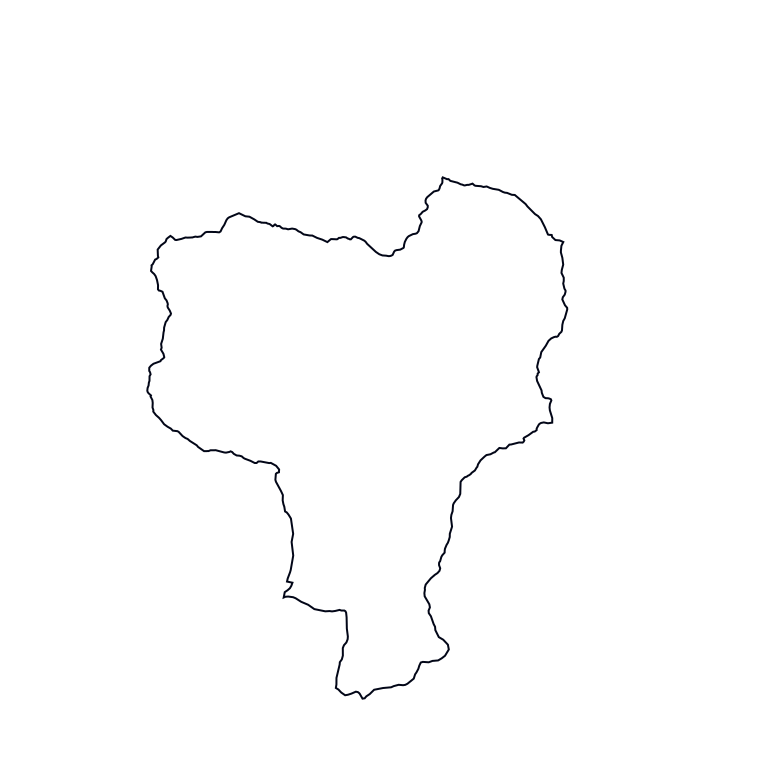 outline of Sombey, Ha, Bhutan, rotated 231°
{"feature_id": "84629894B88569366969401", "entity_name": "Sombey", "entity_type": "district", "adm_level": 2, "iso_a3": "BTN", "parent_name": "Bhutan", "parent_adm1": "Ha", "projection": "mercator", "projection_center": [89.094, 27.205], "detail": "fine", "context": "isolated", "style": "outline", "palette": "ink", "viewbox_px": 768, "rotation_deg": 231, "n_neighbors": 0, "source": "geoboundaries", "source_scale": "gbopen_adm2", "svg_char_len": 6166}
<svg xmlns="http://www.w3.org/2000/svg" viewBox="0 0 768 768"><g transform="rotate(231 384 384)"><path d="M214.8,325.0L216.3,326.3L217.6,327.7L219.6,331.4L220.4,333.7L221.7,335.9L223.7,338.8L226.2,340.9L230.3,347.1L237.7,351.7L239.9,354.0L241.9,357.2L246.5,361.5L247.4,363.1L248.4,366.6L249.0,371.1L250.6,374.1L259.7,381.9L260.3,383.9L260.7,388.0L259.9,390.0L259.9,391.3L259.5,393.1L259.5,395.2L259.8,396.1L259.6,400.2L260.8,403.5L260.9,404.4L262.4,406.5L263.9,411.0L264.3,416.4L264.3,418.9L262.4,422.5L261.7,426.1L261.2,427.2L261.7,433.4L259.2,435.8L257.3,438.3L258.0,443.3L257.0,444.7L253.6,452.1L251.2,454.9L251.3,456.3L251.9,457.6L253.8,458.1L254.1,459.1L253.3,464.0L253.0,469.9L252.2,471.2L252.1,473.6L253.2,474.5L253.8,475.7L255.1,479.0L255.1,480.4L254.9,481.5L253.6,484.0L250.3,486.7L248.1,490.4L251.6,493.3L259.1,496.3L261.6,497.9L264.1,500.4L265.9,503.7L267.1,504.1L268.5,503.4L269.6,502.6L271.4,500.6L273.7,499.8L277.8,501.1L279.9,502.4L290.0,504.9L293.4,506.8L293.9,507.5L294.2,508.9L295.4,510.0L295.6,511.8L300.7,513.6L301.7,514.6L305.9,520.1L306.3,522.1L309.8,526.3L311.9,533.8L314.0,539.0L314.2,542.6L313.5,545.5L312.8,547.1L311.9,548.0L311.7,549.5L312.7,551.8L312.9,554.7L313.7,556.1L317.8,559.9L320.2,563.0L321.3,565.8L326.6,573.3L328.0,574.3L331.3,574.2L337.5,575.8L338.9,577.6L339.7,580.7L341.4,583.1L342.4,583.9L344.5,584.2L349.3,586.5L350.9,588.5L353.5,590.6L358.6,591.8L360.7,593.9L364.0,598.4L369.8,602.0L375.0,604.3L376.5,605.6L379.8,608.9L381.5,612.7L385.0,610.9L388.0,607.8L392.4,607.2L394.3,608.1L396.1,606.1L397.0,605.5L404.6,607.7L413.3,609.6L417.6,609.4L421.0,608.3L431.7,607.2L434.7,607.3L448.6,604.6L450.6,602.4L455.1,599.9L456.6,598.4L458.3,597.3L462.7,595.4L467.2,591.4L469.9,589.6L472.9,588.1L474.5,585.3L476.6,583.9L480.5,579.8L481.4,579.3L484.0,578.9L485.4,575.2L486.4,574.0L487.4,571.9L488.0,571.2L489.7,570.3L490.9,569.3L494.2,567.8L500.1,563.4L502.6,563.1L503.5,561.9L507.6,559.7L507.1,558.5L506.0,558.0L503.9,556.2L503.4,555.4L502.5,552.2L501.0,550.2L500.3,548.6L500.3,548.0L502.2,543.9L502.0,535.2L501.5,533.3L500.5,531.8L498.6,530.4L495.0,530.2L493.8,529.2L492.8,527.5L492.9,525.3L493.5,522.4L493.0,519.8L493.0,517.5L492.1,516.7L488.0,516.0L486.7,515.6L485.9,514.9L484.2,511.3L481.0,507.0L480.5,504.5L480.9,503.2L482.3,500.7L483.3,496.4L483.3,494.9L482.8,492.9L481.3,489.6L479.6,487.3L477.8,485.5L477.5,484.8L478.2,481.2L480.2,477.9L480.7,476.5L480.5,475.2L478.9,472.0L479.1,470.6L479.6,469.3L480.4,468.1L482.4,466.4L484.9,463.7L487.8,462.0L491.8,460.8L503.5,459.1L506.1,459.2L507.8,458.9L512.9,456.6L514.2,455.5L516.6,454.4L517.5,453.2L517.7,452.4L517.3,449.3L517.9,448.5L519.4,447.8L519.8,447.4L521.8,446.8L523.6,445.1L524.2,444.3L525.0,442.1L525.9,441.0L525.9,438.9L526.2,438.3L529.6,434.5L530.0,433.8L529.9,429.3L535.0,426.9L539.7,423.9L544.5,421.7L546.2,419.7L550.8,415.7L554.5,414.7L556.5,413.6L559.1,413.0L560.3,412.4L562.6,410.4L564.6,406.8L566.5,405.5L568.3,403.4L569.8,402.7L572.3,402.3L572.9,401.9L573.9,400.3L576.4,399.9L576.7,399.4L576.4,397.4L576.6,396.7L580.3,395.8L582.1,394.4L583.3,394.0L586.7,390.1L587.3,390.0L589.5,388.0L593.5,386.8L598.7,384.7L601.6,381.8L608.0,378.8L611.0,368.5L611.1,366.8L610.5,364.6L608.2,360.1L607.0,356.3L605.4,353.0L605.6,351.3L608.2,348.7L613.6,342.1L614.3,340.6L613.9,334.7L615.7,331.6L617.3,330.1L618.5,327.3L621.3,323.5L622.8,321.9L624.2,318.0L626.5,313.3L627.4,312.4L630.8,312.0L633.5,311.2L633.6,307.9L633.5,306.2L632.1,304.0L631.9,302.9L632.1,297.8L630.9,292.7L625.8,288.9L624.4,288.3L624.3,286.0L624.7,284.4L622.6,279.6L622.5,278.0L621.5,277.4L618.5,274.1L616.6,274.2L614.1,274.6L611.5,274.4L607.6,273.0L603.0,270.6L599.8,267.9L598.3,267.9L597.1,268.9L595.1,269.9L588.5,267.6L585.8,267.6L583.0,266.7L581.9,266.1L580.9,264.8L579.5,264.1L575.9,263.7L572.8,262.8L572.0,261.6L571.6,258.9L570.1,255.9L569.5,253.3L566.2,248.6L564.1,246.8L562.9,245.2L558.4,240.6L555.4,236.0L552.1,234.0L551.1,232.3L546.3,231.6L543.1,230.1L542.8,229.1L542.9,225.6L542.4,224.6L544.8,217.6L544.9,214.5L544.4,211.9L544.0,211.5L541.9,209.8L540.4,209.6L538.4,208.7L537.6,206.7L534.0,203.7L533.1,202.2L531.0,200.1L529.7,197.8L527.7,195.8L526.5,195.3L525.0,195.2L521.7,195.7L521.2,194.7L517.3,193.9L514.9,192.4L511.4,189.3L508.9,188.4L507.7,187.3L503.4,187.2L499.1,187.9L496.3,188.0L491.1,187.8L487.0,188.9L483.4,190.3L480.7,190.5L477.3,193.8L476.0,194.3L470.3,194.7L466.9,195.7L464.9,196.8L461.9,197.3L454.2,199.9L452.1,199.9L445.1,201.9L442.3,205.4L441.7,207.4L438.4,211.6L431.4,216.7L430.1,218.0L428.5,221.1L428.2,222.4L426.6,223.2L424.3,223.3L421.2,224.5L419.3,226.5L417.3,227.9L414.8,228.3L413.4,228.9L408.3,231.9L404.0,233.8L402.8,235.3L402.9,237.6L401.4,239.4L394.8,245.0L393.9,246.4L388.3,248.7L383.6,248.7L381.5,246.8L382.3,244.8L382.2,243.4L377.9,239.3L376.0,238.5L365.7,236.6L361.3,235.5L357.3,232.0L353.9,230.2L351.4,229.3L347.2,226.9L345.4,227.6L342.6,227.6L338.0,227.0L324.7,219.1L319.4,212.8L307.8,205.5L298.2,194.5L296.8,192.5L293.4,186.7L291.5,184.3L287.2,187.8L285.5,185.0L284.5,182.3L284.4,179.2L284.7,175.9L281.2,171.7L280.7,173.5L279.1,175.8L275.5,179.2L273.1,180.5L266.8,182.6L260.2,186.1L252.9,188.2L244.3,195.3L241.8,198.8L240.0,200.5L238.3,203.3L236.4,207.3L234.8,208.3L232.9,210.6L231.7,211.0L230.2,210.7L226.2,208.1L217.3,201.2L210.5,197.0L208.5,195.1L206.8,192.1L206.2,188.5L204.7,185.8L198.8,181.1L196.5,177.9L195.6,174.6L193.9,173.0L185.5,162.1L180.4,157.9L178.1,155.3L175.3,156.3L171.2,156.6L166.6,157.9L165.2,160.4L163.9,163.8L162.6,168.5L161.0,169.8L159.7,170.1L158.6,170.2L153.0,169.3L151.9,171.2L152.4,173.7L152.0,177.7L152.6,183.9L148.3,192.0L143.8,198.7L143.1,201.4L141.0,206.1L137.9,209.3L136.8,211.2L136.3,213.6L136.3,221.7L138.8,225.5L139.4,227.6L141.0,231.4L142.9,234.2L144.4,237.3L143.6,239.3L139.6,243.6L138.3,247.4L135.1,252.1L134.5,256.2L134.4,260.4L136.9,267.3L141.2,269.6L148.0,269.1L152.8,267.3L160.4,269.0L163.2,270.9L166.2,271.5L174.0,274.3L177.7,274.6L179.8,276.0L181.5,279.1L184.3,280.6L193.4,282.0L196.1,283.8L198.3,286.3L199.8,287.3L201.9,290.2L203.5,298.1L203.7,303.2L203.4,306.6L203.9,309.6L205.4,311.7L208.6,312.8L210.3,314.2L210.8,315.2L210.9,316.0L213.5,319.7L214.2,321.4L214.8,325.0Z" fill="none" stroke="#020617" stroke-width="2"/></g></svg>